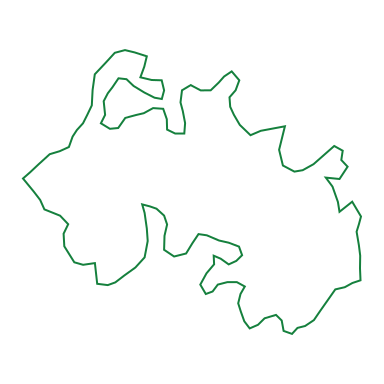 São José do Inhacorá, Rio Grande do Sul, Brazil (orthographic projection)
{"feature_id": "56859067B50874549869187", "entity_name": "São José do Inhacorá", "entity_type": "district", "adm_level": 2, "iso_a3": "BRA", "parent_name": "Brazil", "parent_adm1": "Rio Grande do Sul", "projection": "orthographic", "projection_center": [-54.127, -27.736], "detail": "fine", "context": "isolated", "style": "outline", "palette": "green", "viewbox_px": 384, "rotation_deg": 0, "n_neighbors": 0, "source": "geoboundaries", "source_scale": "gbopen_adm2", "svg_char_len": 1944}
<svg xmlns="http://www.w3.org/2000/svg" viewBox="0 0 384 384"><path d="M352.2,201.7L339.5,211.8L337.9,201.9L332.5,186.6L325.8,177.6L339.5,179.0L347.6,166.7L341.3,160.0L342.7,150.7L334.2,146.0L313.5,164.2L302.7,170.2L294.4,171.6L282.9,165.5L279.1,149.8L284.9,126.3L260.8,130.8L250.5,135.2L239.8,124.9L233.9,114.8L230.2,106.8L229.5,97.3L235.6,90.3L239.3,80.3L231.7,71.4L224.1,76.5L218.8,82.5L210.7,90.3L200.7,90.4L190.7,85.1L182.0,90.3L180.5,102.4L182.8,111.1L185.1,123.1L184.3,133.5L175.1,133.5L167.1,129.6L166.8,119.2L163.2,108.8L153.1,108.1L143.8,113.2L136.1,115.0L125.3,117.9L118.2,128.0L109.9,128.8L100.9,123.3L105.1,114.9L103.7,101.2L107.8,93.3L112.4,87.3L118.5,78.3L126.5,79.2L133.5,85.9L144.3,92.5L154.5,97.7L161.8,99.0L164.1,90.4L161.7,80.3L151.7,80.0L140.4,77.3L144.3,66.6L146.8,56.3L134.6,52.4L125.0,50.1L114.8,52.8L106.0,62.4L94.8,74.3L92.6,90.0L91.8,105.4L87.2,115.0L83.0,123.3L76.9,130.0L72.6,136.6L68.9,147.0L59.7,151.2L49.7,154.2L38.7,164.2L30.3,172.1L23.0,178.5L33.6,191.4L40.2,200.0L44.4,209.4L52.4,212.6L60.1,215.7L68.2,224.2L63.6,233.7L64.3,246.3L74.3,262.3L83.1,264.8L94.9,263.1L97.2,283.8L107.8,285.1L115.3,282.4L124.3,275.5L135.4,267.5L144.6,257.4L146.1,249.6L147.7,241.0L146.8,228.4L144.6,212.9L142.2,204.4L149.9,206.4L156.5,208.7L164.1,215.6L167.1,224.5L164.5,235.8L164.1,249.8L174.1,256.5L186.1,253.5L192.4,243.2L198.5,234.1L206.8,235.3L219.0,240.5L228.7,242.7L239.0,246.6L242.1,255.2L236.3,260.9L228.7,264.4L220.7,258.7L213.7,255.7L214.1,264.3L206.5,273.3L200.3,284.6L205.8,294.0L212.6,291.5L217.8,284.6L227.5,282.1L236.8,282.1L244.8,286.5L240.5,294.0L238.2,303.3L240.8,311.5L244.3,321.3L249.7,328.4L258.0,324.8L264.6,318.3L276.0,314.9L281.7,320.5L283.6,330.9L292.0,333.9L297.5,327.9L305.1,326.0L313.9,320.1L320.4,310.6L328.0,299.8L335.3,289.4L344.8,287.2L352.4,283.0L360.5,280.3L360.0,268.3L360.2,255.7L358.9,245.3L356.6,231.7L358.9,224.3L361.0,216.5L352.2,201.7Z" fill="none" stroke="#15803d" stroke-width="2"/></svg>